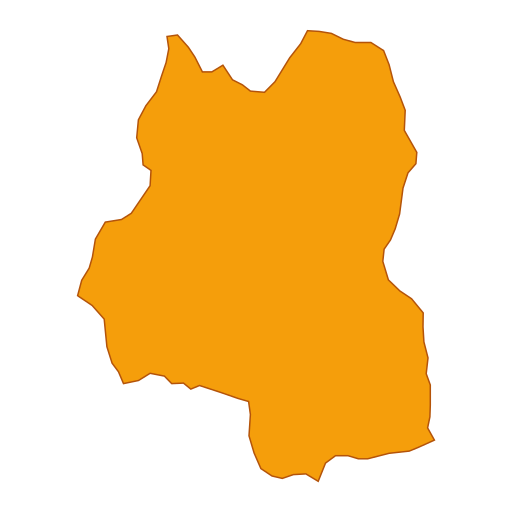 the district of Taiaçu, São Paulo, Brazil
{"feature_id": "56859067B95605484222481", "entity_name": "Taiaçu", "entity_type": "district", "adm_level": 2, "iso_a3": "BRA", "parent_name": "Brazil", "parent_adm1": "São Paulo", "projection": "equal_earth", "projection_center": [-48.531, -21.132], "detail": "fine", "context": "isolated", "style": "filled", "palette": "amber", "viewbox_px": 512, "rotation_deg": 0, "n_neighbors": 0, "source": "geoboundaries", "source_scale": "gbopen_adm2", "svg_char_len": 1309}
<svg xmlns="http://www.w3.org/2000/svg" viewBox="0 0 512 512"><path d="M167.0,36.5L168.8,48.7L166.1,62.6L161.5,76.2L156.5,91.8L145.9,105.7L138.4,119.8L136.7,137.8L142.2,153.6L143.1,164.9L151.0,170.4L150.1,185.7L131.3,213.3L121.5,219.5L105.3,222.1L95.4,239.1L92.4,257.1L89.2,268.1L81.7,280.3L77.6,295.7L92.2,305.5L104.2,319.1L106.9,346.7L112.1,363.2L118.5,371.8L123.5,383.6L138.5,380.5L150.1,373.3L164.4,376.1L171.7,383.6L183.5,383.1L190.8,389.1L199.5,385.5L220.6,392.4L237.9,398.4L248.6,401.5L250.4,414.5L249.0,435.8L254.1,453.0L260.9,468.6L272.0,476.0L282.3,478.4L293.4,474.6L305.9,473.9L318.2,481.3L325.5,463.1L335.5,455.7L348.0,455.7L358.4,458.8L367.6,458.8L389.1,453.3L409.2,451.1L418.0,447.5L434.4,440.1L427.6,427.9L429.9,416.9L430.3,405.1L430.3,385.0L426.2,373.7L428.0,357.9L423.9,341.9L423.0,327.0L423.2,312.9L411.6,298.8L399.8,290.9L388.4,279.9L382.8,261.4L384.1,249.2L390.5,239.9L395.2,228.8L399.6,214.0L403.0,188.1L408.0,172.8L415.9,163.7L416.8,152.4L404.3,130.4L405.2,110.3L400.2,97.1L393.4,81.7L389.1,64.7L383.6,50.6L370.9,42.5L355.2,42.5L343.4,39.3L331.4,33.4L319.1,31.4L307.5,30.7L300.7,43.7L289.7,57.8L275.0,81.7L264.5,92.3L250.4,91.1L242.5,84.9L232.5,79.8L222.9,65.2L211.8,71.9L202.4,71.9L194.9,57.1L188.4,47.3L177.5,35.0L167.0,36.5Z" fill="#f59e0b" stroke="#b45309" stroke-width="1.5"/></svg>